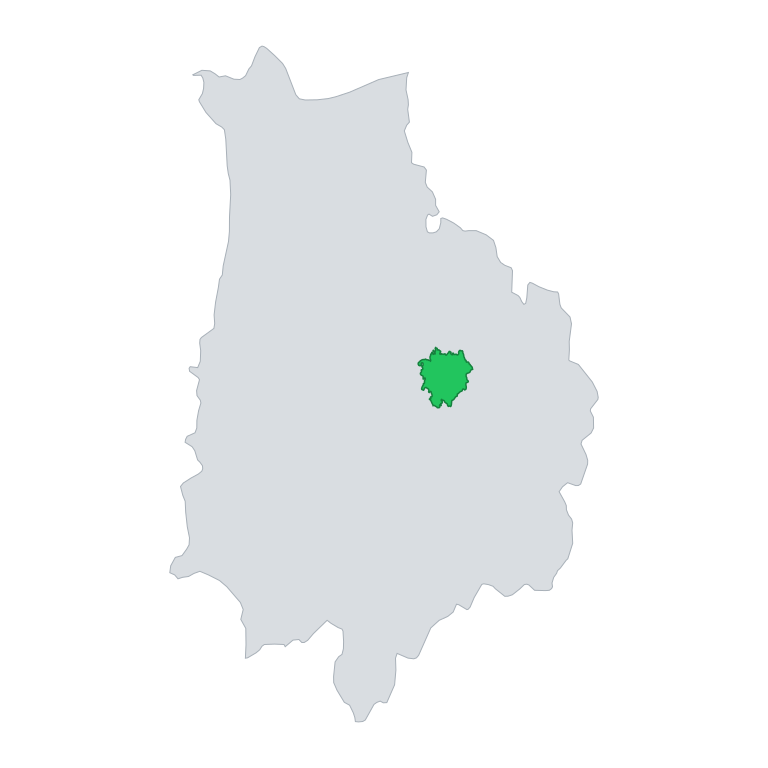 Lahoysk, Minsk, Belarus shown in context, rotated 90°
{"feature_id": "67162791B73059269727639", "entity_name": "Lahoysk", "entity_type": "district", "adm_level": 2, "iso_a3": "BLR", "parent_name": "Belarus", "parent_adm1": "Minsk", "projection": "equal_earth", "projection_center": [27.771, 54.364], "detail": "fine", "context": "in_parent", "style": "filled", "palette": "green", "viewbox_px": 768, "rotation_deg": 90, "n_neighbors": 0, "source": "geoboundaries", "source_scale": "gbopen_adm2", "svg_char_len": 9746}
<svg xmlns="http://www.w3.org/2000/svg" viewBox="0 0 768 768"><g transform="rotate(90 384 384)"><path d="M658.2,522.6L644.7,522.0L628.4,522.2L619.4,527.2L609.5,524.8L602.5,527.6L586.7,541.2L580.5,548.5L574.8,559.8L571.3,568.1L573.4,574.0L576.5,579.5L577.3,585.4L578.8,590.0L574.9,593.3L572.7,598.2L565.8,597.3L557.4,592.7L555.6,586.0L549.1,581.3L544.8,578.9L537.8,578.5L526.8,580.7L512.2,582.3L501.3,582.8L495.3,585.2L486.5,587.5L483.0,584.7L478.1,577.1L474.0,569.6L471.2,566.2L468.8,565.3L465.8,565.5L462.4,567.9L459.9,570.4L450.7,573.2L446.7,575.9L442.3,582.9L439.4,582.4L436.3,580.8L432.8,573.0L428.0,571.2L420.3,571.1L410.7,569.4L403.0,567.1L400.2,567.7L395.6,571.0L390.6,571.4L379.7,568.5L377.6,569.8L371.3,578.4L368.3,578.9L366.7,577.8L367.6,570.3L361.3,567.7L350.6,567.3L343.1,568.3L339.4,568.0L337.5,566.6L328.4,554.1L323.6,553.3L314.9,553.9L302.1,552.4L287.3,549.6L279.2,548.5L275.0,545.7L265.9,544.8L241.5,539.5L231.6,538.6L216.9,538.5L194.6,537.3L180.2,538.0L173.6,539.7L165.9,540.8L139.3,542.2L129.7,543.6L127.0,546.3L123.7,552.0L112.5,562.0L101.7,568.6L99.7,569.2L93.6,565.6L88.4,564.4L82.4,564.1L78.0,565.2L75.2,566.9L75.4,574.6L74.8,575.2L70.3,566.1L70.9,557.8L73.7,553.1L77.0,548.9L75.8,542.5L79.2,534.1L79.5,528.1L78.2,525.5L75.7,522.4L68.9,519.1L65.9,516.5L56.7,513.0L47.6,508.6L46.1,506.0L46.6,504.1L48.3,501.4L55.6,493.3L63.5,485.4L68.5,482.3L94.7,472.2L98.8,468.7L100.0,462.8L99.8,450.8L98.6,439.9L96.8,432.4L92.2,418.4L79.6,389.4L72.5,359.6L77.7,361.3L89.9,362.0L99.7,359.9L104.8,359.6L109.3,360.3L122.1,358.6L125.2,361.3L130.9,363.7L142.3,360.2L152.3,356.1L162.7,356.5L164.2,354.4L167.0,343.9L170.1,341.6L182.4,342.7L187.1,340.8L191.9,335.6L199.3,332.4L205.4,332.4L211.8,328.8L214.8,331.2L216.3,335.5L214.1,339.0L215.0,340.4L219.4,342.1L226.9,342.0L231.8,340.6L232.9,338.6L232.9,335.0L231.8,331.6L228.7,328.7L222.7,327.2L218.5,327.2L217.9,325.4L219.3,321.4L223.1,314.2L227.8,307.6L230.6,305.2L231.1,302.9L230.6,299.0L230.6,291.9L234.8,281.9L240.4,274.5L247.7,272.1L256.7,270.8L262.5,267.3L265.3,263.2L267.8,256.8L270.7,255.5L292.2,256.3L295.5,250.0L297.4,248.2L301.5,246.3L304.4,244.1L303.3,242.3L297.9,241.2L285.0,240.2L282.4,238.1L283.2,235.6L286.7,229.1L290.1,220.7L291.8,214.2L292.0,210.4L293.9,209.4L304.4,208.1L307.9,206.8L317.0,198.0L323.8,196.5L341.5,198.8L349.7,198.6L360.0,199.2L360.9,198.3L364.5,189.6L382.0,175.7L391.4,170.9L397.3,169.8L399.4,170.1L408.8,177.4L411.0,177.7L417.2,174.6L428.0,174.4L433.0,176.9L440.3,185.9L444.0,187.0L454.5,182.0L460.3,180.3L464.1,180.4L484.0,187.3L485.5,189.6L485.6,192.2L482.7,200.4L486.8,205.5L491.7,208.9L501.8,203.3L505.6,201.7L509.7,201.6L515.1,199.5L519.1,196.4L522.9,195.3L530.2,196.0L543.3,195.3L558.8,200.2L560.2,201.8L568.0,207.6L570.7,210.5L573.3,211.4L577.4,214.3L583.0,216.0L586.8,215.5L588.6,216.4L590.3,218.7L590.6,222.5L590.3,233.4L584.9,239.2L584.2,241.2L584.5,243.6L589.0,248.3L594.8,255.7L596.2,260.0L596.3,263.2L588.8,272.6L586.3,274.9L584.6,279.5L583.8,284.3L584.4,286.2L597.5,293.8L607.1,297.9L609.3,299.9L609.6,301.1L604.7,309.3L604.2,311.5L612.0,314.8L616.4,320.2L620.3,328.8L627.9,337.2L655.4,349.4L657.9,351.6L658.8,354.2L658.1,360.0L653.4,370.9L658.1,372.5L670.1,372.1L684.8,373.4L702.6,381.2L702.8,384.7L701.1,387.8L702.4,391.2L704.4,394.0L720.0,402.7L721.5,405.3L721.9,409.5L721.6,412.6L717.4,413.2L712.8,414.7L705.2,418.4L702.3,423.7L690.2,431.0L682.6,434.3L676.5,434.4L661.9,432.9L656.7,429.3L654.4,426.0L648.8,424.6L641.4,424.4L631.1,425.0L629.1,426.0L627.5,430.0L623.3,437.0L620.3,440.9L633.6,454.6L640.3,460.3L642.5,463.8L642.5,466.2L639.5,469.1L640.1,475.0L646.7,482.8L644.5,484.0L644.1,493.5L644.5,503.7L646.3,506.1L649.7,508.2L652.8,511.9L657.8,520.4L658.2,522.6Z" fill="#d9dde1" stroke="#a8b0b8" stroke-width="1"/><path d="M369.4,295.4L368.9,295.5L368.1,295.6L367.7,295.7L367.1,295.9L366.8,296.1L366.5,296.5L366.0,296.8L365.4,297.4L364.6,297.9L364.3,298.1L364.1,298.5L363.9,298.8L362.8,299.1L362.4,299.4L362.2,299.6L362.0,299.9L362.0,300.7L362.2,301.0L362.2,301.3L362.0,301.6L361.6,301.8L360.6,301.9L360.2,302.2L360.0,302.4L360.0,302.6L359.9,302.9L359.3,303.1L358.9,303.2L357.5,303.7L356.8,304.1L355.4,304.3L354.7,304.4L354.2,304.5L353.1,305.1L352.5,305.2L351.9,305.2L351.4,305.3L351.1,305.5L350.8,305.7L350.9,306.6L350.9,307.0L350.5,307.3L350.4,307.8L350.4,308.2L350.6,308.5L351.4,309.1L352.0,309.3L352.4,309.4L353.3,309.3L353.7,309.4L354.1,309.5L354.4,309.8L354.8,310.1L355.0,310.6L354.9,310.9L354.8,311.2L354.5,311.5L354.3,311.6L354.2,312.2L354.3,312.5L354.5,312.9L354.5,313.5L354.5,314.2L353.8,314.4L353.5,314.5L353.2,314.7L353.2,315.2L353.4,315.4L353.8,315.6L354.6,315.6L354.8,315.7L354.8,315.9L354.7,316.2L354.4,316.4L353.7,317.3L353.4,317.4L353.1,317.5L352.9,317.3L352.8,317.1L352.7,317.0L352.4,317.0L352.2,317.1L352.0,317.3L352.0,317.6L351.7,318.0L351.4,318.2L351.4,318.5L351.5,318.9L351.9,319.1L352.4,319.3L352.8,319.5L353.1,320.0L353.8,320.6L354.4,321.0L355.0,321.5L355.1,321.8L355.0,322.2L354.9,322.4L354.6,322.6L354.3,322.7L353.9,322.9L353.9,323.2L353.9,323.4L354.1,323.6L354.2,323.9L354.3,324.2L354.2,324.5L354.1,324.9L354.0,325.2L354.2,325.7L354.3,326.3L354.0,326.5L353.7,326.7L353.7,327.0L353.8,327.3L354.1,327.5L354.3,327.7L354.2,328.0L353.6,328.3L353.2,328.2L352.9,328.0L352.3,327.7L352.0,327.4L351.8,327.3L351.4,327.4L351.1,327.5L350.9,327.8L350.8,328.3L350.1,328.9L349.9,329.1L349.9,329.5L350.0,329.8L350.0,330.1L349.8,330.4L348.4,330.9L348.2,331.2L348.1,331.6L348.2,331.9L348.0,332.1L347.6,332.3L347.8,332.5L348.0,332.7L348.5,332.8L349.5,332.6L349.9,332.4L350.5,332.4L351.1,332.6L351.1,332.9L351.1,333.3L351.0,334.0L350.6,334.3L350.3,334.7L350.5,334.9L350.9,334.9L351.4,334.6L351.9,334.3L352.2,333.8L352.3,333.4L352.5,333.0L353.1,332.8L353.4,332.8L353.8,333.0L353.5,333.3L353.4,333.7L353.5,333.9L353.9,334.2L354.2,334.3L354.3,334.7L353.8,335.1L352.6,335.6L352.3,335.9L352.4,336.1L352.7,336.3L353.5,336.4L353.8,336.4L353.9,336.6L353.9,336.9L354.0,337.1L354.4,337.3L355.1,337.4L355.5,337.4L356.0,337.6L356.3,337.8L356.6,337.9L357.1,338.0L357.7,338.0L358.5,337.9L359.5,337.5L360.0,337.4L360.6,337.3L361.1,337.5L360.9,337.8L360.5,338.2L360.3,338.7L360.3,339.1L360.3,339.5L359.9,339.8L359.8,340.1L359.8,341.3L359.6,341.8L359.3,342.0L359.1,342.4L359.3,343.0L359.6,343.7L359.5,344.2L359.6,344.8L359.6,345.2L359.7,345.7L359.9,346.1L360.4,346.8L360.6,347.3L360.7,347.6L360.9,347.8L361.4,348.0L361.6,348.2L361.9,348.4L362.2,349.1L362.9,349.7L363.3,349.8L364.2,349.8L365.1,349.4L365.4,349.1L365.7,348.3L365.7,348.0L365.6,347.1L365.6,346.8L365.2,346.7L364.3,346.8L363.7,346.8L363.2,346.6L362.8,346.3L362.8,345.6L362.8,345.4L363.1,345.1L363.6,345.0L364.4,345.0L364.9,344.9L365.1,344.9L365.4,345.1L365.7,345.3L366.2,345.5L366.3,345.8L366.6,346.0L366.9,346.0L367.2,345.8L367.4,345.6L367.7,345.4L368.2,345.2L368.5,345.2L369.3,345.3L369.6,345.5L369.7,346.0L369.7,346.4L369.8,346.6L370.0,346.7L370.5,346.7L370.8,346.7L371.4,346.6L371.8,346.6L372.2,346.7L372.4,346.9L372.6,347.1L373.0,347.5L373.4,347.6L373.9,347.6L374.2,347.5L374.5,347.2L374.8,346.9L375.0,346.8L375.3,346.7L375.4,346.3L375.6,345.7L375.8,345.3L376.4,344.9L377.6,344.9L378.1,344.9L378.9,344.9L379.0,344.5L378.7,344.4L378.5,344.1L378.1,343.8L378.0,343.5L378.0,343.0L378.3,342.8L378.9,342.7L379.7,342.9L380.0,343.2L380.3,343.4L381.1,343.5L382.8,343.5L383.1,343.6L383.5,343.9L383.5,344.4L383.7,344.6L384.0,344.7L384.9,344.7L385.4,345.0L386.0,345.4L387.3,346.0L388.3,346.3L388.8,346.4L389.3,346.3L389.5,346.1L389.5,345.7L389.7,345.4L390.2,344.8L390.2,344.4L389.8,344.2L389.3,343.9L388.7,343.7L388.2,343.4L387.7,343.0L387.5,342.4L387.5,341.8L388.0,341.1L388.4,340.8L388.6,340.3L388.8,339.8L389.4,339.4L390.3,339.2L390.9,339.1L391.3,339.3L391.7,339.4L392.1,339.3L392.5,338.8L392.1,338.3L391.8,338.1L391.5,337.7L391.4,337.3L391.6,337.0L392.2,336.8L392.8,336.7L394.3,336.1L394.7,336.0L395.5,335.9L395.9,335.9L396.5,336.0L396.8,336.3L396.8,336.6L396.9,337.3L397.0,337.4L397.3,337.5L397.7,337.6L398.1,337.5L398.3,337.2L398.6,337.2L398.8,337.4L398.8,338.1L398.9,338.5L399.1,338.6L399.4,338.5L399.9,337.7L400.2,337.4L400.7,337.1L401.8,336.6L402.5,336.3L403.2,336.0L404.1,335.5L405.6,334.9L405.3,334.6L405.5,333.9L405.8,333.2L406.1,332.7L406.5,332.1L406.7,331.6L406.9,331.2L407.3,331.0L407.7,330.7L407.7,330.1L407.7,329.1L407.5,328.5L407.2,328.3L406.6,328.3L406.3,328.4L405.7,328.4L405.1,328.4L404.8,328.2L404.9,327.9L405.4,327.7L405.7,327.4L405.5,326.9L405.1,326.8L404.6,327.0L403.9,327.2L403.6,327.2L403.3,326.7L403.3,326.2L402.9,325.9L402.5,325.7L402.0,325.7L401.1,325.9L400.9,326.5L400.5,326.8L399.7,326.7L399.4,326.5L399.4,326.3L399.8,326.0L400.1,325.6L400.2,325.1L400.3,324.7L400.7,323.8L401.1,323.6L401.6,323.5L402.0,323.3L402.3,323.0L402.6,322.5L403.0,322.1L403.8,320.9L404.4,320.6L405.4,320.4L405.8,320.2L406.3,319.7L406.4,319.4L406.2,319.1L406.0,318.8L406.0,318.4L406.1,318.2L406.4,317.7L406.5,317.4L406.2,317.1L405.8,316.9L404.6,316.6L403.5,316.5L402.3,316.4L401.3,316.3L400.5,316.1L400.2,315.7L400.2,315.4L400.0,315.0L399.7,314.5L399.2,314.0L398.6,313.6L398.2,313.3L397.5,312.9L396.8,312.4L396.5,311.8L396.5,311.6L396.3,311.0L395.9,310.8L395.1,310.7L394.4,310.7L393.9,310.6L393.7,310.2L393.6,309.7L392.6,308.8L392.1,308.3L391.5,307.3L391.3,306.8L391.1,306.3L390.8,305.9L390.4,305.7L389.9,305.6L389.2,305.2L389.0,304.9L389.0,304.4L389.3,304.0L389.9,303.3L389.7,303.0L389.6,302.5L389.2,302.1L388.7,301.9L388.0,301.8L387.3,301.7L386.5,301.8L385.0,302.1L383.8,302.1L382.9,301.9L382.6,301.5L382.5,300.9L382.3,300.4L381.9,299.8L381.5,299.7L381.1,299.8L380.5,300.2L380.1,300.7L379.8,301.0L379.4,301.2L378.3,301.2L377.6,301.3L376.4,301.9L375.8,301.9L374.7,301.9L373.9,301.6L373.8,301.3L373.3,300.8L372.9,299.4L372.7,299.0L372.4,298.4L372.0,298.0L371.4,297.8L370.8,297.5L370.1,297.1L369.6,296.5L369.5,295.8L369.4,295.4Z" fill="#22c55e" stroke="#15803d" stroke-width="1.5"/></g></svg>